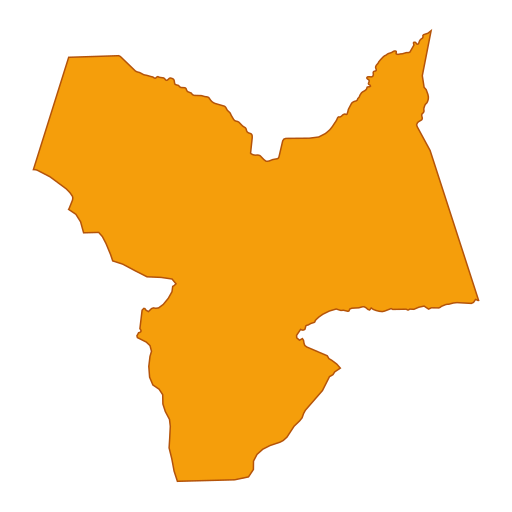 Moyen-Chari, Albers equal-area conic projection
{"feature_id": "TCD-5583", "entity_name": "Moyen-Chari", "entity_type": "Prefecture", "adm_level": 1, "iso_a3": "TCD", "parent_name": "Chad", "parent_adm1": "", "projection": "albers", "projection_center": [18.828, 9.32], "detail": "fine", "context": "isolated", "style": "filled", "palette": "amber", "viewbox_px": 512, "rotation_deg": 0, "n_neighbors": 0, "source": "natural_earth", "source_scale": "10m", "svg_char_len": 5131}
<svg xmlns="http://www.w3.org/2000/svg" viewBox="0 0 512 512"><path d="M478.6,300.4L478.1,300.5L475.6,299.4L473.5,302.4L471.4,303.4L457.0,302.6L453.4,303.0L448.9,304.2L446.9,304.3L445.4,304.7L441.3,306.4L440.4,307.2L438.9,307.9L431.4,307.8L428.6,309.1L424.1,306.1L418.9,307.2L413.9,309.3L409.9,309.1L408.3,310.0L407.4,309.9L406.7,309.4L405.8,309.2L392.7,309.4L391.1,308.6L384.5,311.1L382.3,311.6L379.3,311.3L376.1,310.5L373.2,309.4L371.2,308.0L369.6,310.0L367.9,309.4L366.1,307.8L364.1,306.7L362.4,306.8L358.9,307.8L351.9,308.2L349.8,309.0L348.9,311.0L347.9,311.3L343.3,310.2L341.9,310.4L340.7,310.4L336.2,309.0L329.4,311.0L322.7,314.3L318.9,317.0L316.4,319.3L315.3,320.5L314.9,321.8L314.2,322.4L310.8,323.5L308.1,325.0L306.7,325.3L305.8,325.9L305.4,327.7L304.9,329.3L303.7,330.0L302.1,330.1L300.6,329.4L296.6,335.3L296.7,337.8L299.5,340.2L302.4,338.6L303.5,340.3L304.0,343.2L304.8,345.5L306.8,347.0L327.3,355.8L328.9,358.6L331.6,360.2L336.8,364.1L340.3,368.1L334.7,371.9L333.0,374.6L331.4,375.6L329.5,376.6L322.5,390.5L305.4,410.2L303.6,413.5L302.1,417.8L299.7,420.8L294.1,426.2L286.9,437.2L283.2,440.5L280.2,442.1L270.1,445.5L262.8,449.2L257.0,454.4L253.5,461.1L253.4,469.5L248.5,476.9L234.6,479.8L177.4,481.3L174.1,471.1L171.8,458.8L169.1,447.9L169.7,438.3L170.3,426.3L169.5,419.4L165.3,411.5L162.9,404.0L162.7,394.7L159.1,389.2L152.9,385.0L149.6,377.2L148.8,366.4L150.0,356.4L151.5,351.3L150.0,345.6L146.3,342.1L140.2,339.0L137.4,337.6L136.9,335.8L137.7,334.4L138.6,332.7L139.7,332.5L140.9,331.6L141.0,330.4L140.6,329.7L139.9,328.7L142.1,310.2L143.8,308.4L144.9,308.6L145.9,310.1L148.4,311.6L151.5,308.6L153.4,307.9L155.8,308.3L158.6,307.9L163.3,304.4L168.3,298.3L172.0,291.7L172.7,286.4L174.0,285.7L176.0,283.8L172.0,279.0L161.1,277.4L147.0,276.8L135.6,271.0L122.6,264.1L112.7,260.9L110.6,254.6L106.0,243.5L102.4,236.6L98.7,232.4L83.6,232.8L80.6,221.8L75.9,214.3L68.6,209.4L69.1,208.6L72.5,200.1L72.8,197.9L72.4,196.2L69.9,192.6L66.3,188.9L50.0,176.8L37.4,170.3L36.4,169.9L35.2,169.7L33.4,169.6L68.7,57.3L118.7,55.7L120.0,56.3L121.1,57.2L135.4,71.0L136.5,71.6L137.5,72.0L139.5,72.5L141.1,73.3L143.5,74.6L144.4,74.9L147.0,75.4L151.1,76.6L152.5,76.9L153.4,77.3L154.1,77.9L154.8,78.2L155.5,78.2L157.0,76.9L157.9,76.6L158.8,77.1L160.0,77.4L163.5,77.9L164.5,78.5L165.6,79.9L166.3,80.3L167.2,80.2L168.1,79.5L168.8,78.8L169.5,78.2L170.5,78.0L171.9,78.4L172.9,78.8L173.7,79.5L174.1,80.3L174.3,81.2L174.6,83.2L174.9,84.1L175.7,84.6L176.7,85.0L178.2,85.3L178.9,85.9L180.1,87.1L181.1,87.5L184.5,87.7L185.5,88.0L186.1,88.7L186.7,90.4L187.2,91.1L187.8,91.7L191.3,93.1L191.9,94.0L192.6,94.6L193.3,95.1L194.3,95.4L201.4,95.6L204.9,96.6L206.7,96.8L207.9,97.1L208.8,97.6L210.7,100.3L211.9,101.6L213.3,102.6L214.9,103.4L224.2,106.1L224.9,106.5L225.5,107.1L226.0,107.8L227.2,110.1L228.4,111.3L229.6,112.4L230.2,113.1L231.3,115.5L233.6,119.4L234.6,120.5L235.4,120.9L236.3,121.2L237.3,121.4L238.2,121.8L238.9,122.2L242.5,125.9L243.2,126.4L245.4,127.8L245.9,128.5L246.2,129.3L246.7,131.1L247.2,131.9L247.8,132.4L248.6,132.9L250.4,133.5L251.2,133.9L251.8,134.6L252.1,135.4L252.2,136.4L252.2,137.9L250.6,152.8L250.6,153.3L251.0,153.6L251.5,154.0L253.2,154.8L254.2,155.0L255.5,155.2L257.4,155.0L258.7,155.2L259.7,155.5L260.4,156.0L263.9,159.6L266.0,161.2L267.2,161.3L269.1,161.0L272.6,159.6L277.4,158.7L278.3,158.2L279.0,156.8L282.7,140.9L283.9,139.1L285.9,138.4L309.3,138.2L318.7,137.0L325.3,133.6L327.3,132.0L329.9,129.7L332.5,126.4L334.7,123.0L335.7,121.6L336.8,119.7L337.5,118.0L338.0,117.3L338.6,116.9L339.4,117.0L340.2,116.9L341.3,116.3L343.0,114.7L344.4,114.1L345.3,114.1L345.9,114.4L346.3,114.5L346.9,114.3L347.7,112.2L348.4,109.3L351.3,103.8L351.9,102.9L352.8,102.2L354.3,101.4L355.6,101.1L356.5,100.7L357.3,100.0L357.8,98.6L359.2,97.1L360.0,95.1L360.7,94.0L361.5,92.8L362.6,91.9L364.7,90.7L365.9,89.8L366.6,88.9L366.9,87.9L367.2,87.1L368.3,86.8L369.2,86.8L370.1,86.5L370.5,86.1L370.1,85.2L368.6,84.2L368.4,83.5L368.7,82.7L369.1,81.6L369.2,80.6L368.8,79.9L368.1,79.4L367.4,78.9L366.9,78.3L366.9,77.5L367.5,76.9L369.0,76.7L371.2,76.9L372.1,76.7L372.9,76.1L373.3,75.0L373.3,74.0L373.2,73.1L373.2,72.3L373.6,71.6L374.4,71.2L375.5,71.0L376.2,70.4L376.2,69.4L375.6,67.7L375.7,66.6L376.3,65.3L378.1,63.2L378.8,61.8L380.7,59.5L383.4,56.7L384.6,55.8L386.1,55.1L387.5,54.0L388.8,53.4L390.5,52.9L391.8,52.4L393.2,51.5L394.3,51.0L395.5,51.0L395.9,51.2L396.2,51.4L396.3,52.1L396.2,52.8L396.1,53.7L396.8,54.2L398.1,54.4L400.6,53.9L402.3,53.8L406.4,52.6L407.8,52.6L408.9,52.5L409.9,52.1L413.8,45.3L413.8,44.3L413.5,43.4L413.5,42.7L414.0,42.2L415.3,42.3L416.0,42.9L416.5,43.7L417.1,44.2L417.8,44.2L418.6,43.5L419.6,40.8L420.3,39.8L421.1,39.0L422.5,38.1L423.0,37.0L422.9,36.2L422.9,35.5L423.6,34.7L428.0,33.2L431.1,30.7L422.3,75.7L424.1,87.3L426.2,89.7L427.9,94.4L428.4,96.9L428.3,99.0L427.8,100.8L427.3,102.0L426.8,102.9L425.6,104.1L425.1,104.8L424.7,105.7L423.9,108.1L423.8,109.4L424.0,111.0L423.7,112.1L423.0,113.0L421.9,114.1L421.7,115.3L421.9,116.5L422.3,118.1L422.1,119.2L421.6,119.9L418.6,121.7L418.0,122.2L417.4,122.9L417.0,123.8L416.6,124.9L417.3,126.9L430.1,150.5L478.6,300.4L478.6,300.4Z" fill="#f59e0b" stroke="#b45309" stroke-width="1.5"/></svg>